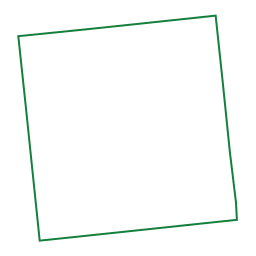 outline of Neosho, Kansas, United States of America, rotated 84°
{"feature_id": "52423323B71626623593789", "entity_name": "Neosho", "entity_type": "district", "adm_level": 2, "iso_a3": "USA", "parent_name": "United States of America", "parent_adm1": "Kansas", "projection": "robinson", "projection_center": [-95.334, 37.559], "detail": "fine", "context": "isolated", "style": "outline", "palette": "green", "viewbox_px": 256, "rotation_deg": 84, "n_neighbors": 0, "source": "geoboundaries", "source_scale": "gbopen_adm2", "svg_char_len": 295}
<svg xmlns="http://www.w3.org/2000/svg" viewBox="0 0 256 256"><g transform="rotate(84 128 128)"><path d="M25.4,29.1L25.5,153.1L25.2,227.5L27.3,227.5L94.0,227.4L230.8,227.6L230.7,62.2L230.7,29.3L213.3,28.4L162.2,29.2L94.2,29.0L25.4,29.1Z" fill="none" stroke="#15803d" stroke-width="2"/></g></svg>